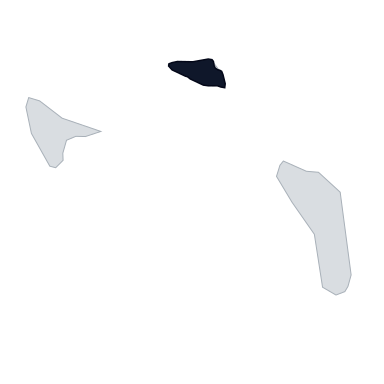 Comoros, with Moûhîlî highlighted, rotated 168°
{"feature_id": "COM-4934", "entity_name": "Moûhîlî", "entity_type": "state/province", "adm_level": 1, "iso_a3": "COM", "parent_name": "Comoros", "parent_adm1": "", "projection": "natural_earth1", "projection_center": [43.722, -12.305], "detail": "fine", "context": "in_parent", "style": "filled", "palette": "ink", "viewbox_px": 384, "rotation_deg": 168, "n_neighbors": 0, "source": "natural_earth", "source_scale": "10m", "svg_char_len": 939}
<svg xmlns="http://www.w3.org/2000/svg" viewBox="0 0 384 384"><g transform="rotate(168 192 192)"><path d="M100.4,199.9L96.2,203.3L75.8,188.5L64.2,185.0L47.1,161.0L53.6,77.8L59.1,67.2L63.2,62.8L72.6,61.3L84.1,71.7L81.1,125.2L96.3,161.2L106.1,189.7L100.4,199.9ZM325.7,246.8L336.9,282.7L336.8,309.7L332.1,318.3L322.1,312.8L303.7,291.2L268.6,270.2L284.7,268.4L294.1,270.6L304.0,268.7L310.3,256.8L311.5,249.8L320.3,244.1L325.7,246.8ZM172.4,305.5L188.1,321.4L144.5,314.8L137.7,300.4L137.3,289.9L153.6,292.2L172.4,305.5Z" fill="#d9dde1" stroke="#a8b0b8" stroke-width="1"/><path d="M172.4,305.7L174.3,306.6L186.1,315.6L188.7,320.1L187.9,322.2L184.5,322.7L179.2,322.7L164.1,319.2L148.5,318.7L144.9,317.3L143.9,315.3L144.1,310.8L143.5,308.4L141.5,306.3L139.5,305.3L137.9,303.9L137.3,300.4L137.0,291.1L138.3,287.2L142.0,288.7L145.1,290.6L154.5,292.7L158.7,294.2L170.3,303.0L172.4,305.7Z" fill="#0f172a" stroke="#020617" stroke-width="1.5"/></g></svg>